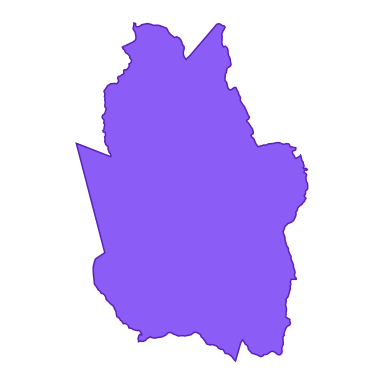 Gentio do Ouro, Bahia, Brazil (Natural Earth projection)
{"feature_id": "56859067B57973057094010", "entity_name": "Gentio do Ouro", "entity_type": "district", "adm_level": 2, "iso_a3": "BRA", "parent_name": "Brazil", "parent_adm1": "Bahia", "projection": "natural_earth1", "projection_center": [-42.563, -11.389], "detail": "fine", "context": "isolated", "style": "filled", "palette": "violet", "viewbox_px": 384, "rotation_deg": 0, "n_neighbors": 0, "source": "geoboundaries", "source_scale": "gbopen_adm2", "svg_char_len": 5965}
<svg xmlns="http://www.w3.org/2000/svg" viewBox="0 0 384 384"><path d="M216.6,24.4L213.1,28.6L190.1,55.5L185.9,59.4L184.2,56.9L183.3,54.1L183.3,52.2L184.2,48.3L184.1,46.7L183.0,45.3L182.0,43.3L181.7,41.8L181.0,40.7L180.6,39.6L179.5,38.3L177.9,37.3L176.7,36.8L175.6,37.2L174.4,37.4L171.0,34.8L169.9,33.7L168.6,32.3L167.9,30.7L166.8,28.5L165.7,27.7L164.2,27.4L162.8,26.7L161.3,26.3L160.1,25.7L158.5,25.3L155.3,25.2L153.7,25.4L150.8,24.3L147.9,23.6L146.6,23.7L141.8,24.7L139.0,26.6L137.5,26.9L136.3,26.6L135.6,25.4L135.6,23.5L133.9,23.0L133.8,25.2L133.5,26.7L133.0,28.8L135.2,32.4L135.6,34.1L136.0,37.4L135.9,38.9L134.9,40.6L133.0,42.0L131.8,42.6L127.1,44.8L125.3,45.8L123.8,46.3L122.3,47.2L123.2,49.0L124.2,49.6L124.9,51.1L125.9,52.9L127.4,53.7L128.7,54.9L129.7,56.1L129.7,57.7L131.5,60.3L131.1,62.3L130.0,63.4L128.9,64.0L129.4,65.8L128.3,67.8L127.2,69.1L126.4,70.0L125.1,69.6L123.8,70.2L123.7,72.0L123.9,73.3L123.1,74.4L121.6,74.8L120.8,75.8L119.8,76.3L118.3,76.4L117.7,78.0L118.1,79.6L118.8,81.0L116.7,83.9L114.7,83.4L113.6,83.4L112.1,83.8L110.5,83.7L109.5,84.7L108.4,85.1L107.2,86.1L106.6,87.4L105.0,89.7L104.1,90.7L104.1,92.0L104.8,93.1L104.8,94.8L104.4,96.8L105.1,98.1L104.7,99.8L105.1,101.6L105.2,103.6L104.7,105.7L105.1,107.1L106.0,108.1L106.2,109.4L105.6,110.8L105.2,112.3L104.4,114.1L103.1,114.7L102.2,116.2L102.2,117.7L103.0,118.8L103.9,119.8L104.2,121.5L103.6,123.0L104.8,124.3L104.1,127.7L103.9,129.6L102.9,130.6L103.4,132.1L105.2,132.2L105.5,135.8L104.6,136.8L105.0,139.0L104.7,141.4L105.8,144.6L106.8,145.7L108.1,146.4L108.0,148.9L108.7,150.8L109.2,152.6L110.3,153.6L110.9,155.0L110.7,156.7L76.3,143.3L104.8,252.7L98.6,256.8L95.3,259.2L94.3,262.2L94.0,263.8L93.4,265.8L93.2,267.8L93.2,270.4L93.5,275.7L94.0,278.9L94.4,284.1L96.7,287.2L98.2,289.8L99.4,290.7L100.4,291.8L101.0,293.1L102.0,293.5L103.4,293.9L104.3,294.7L105.1,295.9L105.8,297.5L106.1,299.4L108.9,302.0L110.2,303.5L111.5,304.6L112.7,305.4L113.6,306.6L114.6,309.0L115.7,310.8L116.2,312.7L116.4,314.6L116.9,316.7L118.0,317.3L119.6,318.6L120.5,320.3L121.7,321.2L123.4,323.8L125.1,323.5L126.7,324.2L127.7,324.9L128.4,326.1L128.9,327.9L131.6,328.5L133.2,329.5L136.8,330.5L138.0,330.5L139.7,330.6L140.6,332.5L142.0,334.7L140.9,334.9L139.6,334.5L138.8,335.8L138.0,338.8L138.5,340.3L138.5,341.7L140.1,341.0L141.7,341.4L143.6,341.3L145.5,340.4L146.5,339.0L148.9,337.6L150.2,336.5L151.3,337.5L152.4,337.9L153.6,337.7L154.9,338.2L157.2,337.5L159.0,337.4L162.0,336.9L165.5,335.3L168.2,332.7L170.1,332.5L172.0,333.0L173.5,334.1L177.0,335.3L178.1,336.0L182.8,335.6L184.5,336.0L188.0,335.4L191.1,334.7L192.9,333.2L195.0,332.1L196.8,332.5L198.9,333.6L200.1,334.3L200.7,335.4L201.3,337.0L202.3,337.6L204.9,340.9L205.9,342.7L207.0,344.1L208.4,344.5L209.9,344.9L211.1,344.7L212.7,344.7L215.8,345.6L216.9,346.2L217.8,347.3L218.8,348.4L220.5,349.2L221.9,349.3L223.4,349.9L225.2,353.4L227.6,353.7L229.5,354.6L231.8,356.6L232.7,357.8L234.4,360.0L235.5,361.0L240.1,345.0L240.6,343.0L242.5,339.9L243.7,341.3L244.6,342.5L245.2,344.1L246.5,344.8L247.6,346.0L248.0,347.3L248.4,349.3L249.5,350.4L250.5,351.7L251.4,352.5L252.2,353.5L253.6,353.6L256.1,354.6L257.2,354.8L259.8,356.3L261.0,356.6L263.0,355.8L263.9,354.6L265.3,354.6L266.9,354.3L271.1,351.5L272.4,351.3L273.7,351.6L275.5,352.6L276.6,353.8L277.8,354.5L279.4,354.9L280.5,354.5L281.9,352.7L282.1,351.0L281.8,349.0L281.9,347.5L283.2,344.2L283.3,342.6L283.1,341.3L282.9,337.7L283.3,336.5L284.4,335.1L283.7,334.0L285.1,330.3L285.8,328.5L286.6,327.1L287.9,325.9L289.5,325.2L290.4,323.5L289.8,321.2L289.8,319.4L288.1,318.5L287.1,317.8L286.0,317.4L285.8,315.9L286.0,314.7L286.0,312.9L286.3,311.6L286.5,308.8L285.5,304.2L286.1,302.2L286.3,300.7L285.9,299.3L288.0,296.8L289.4,292.1L289.6,290.5L290.3,289.4L290.4,288.1L290.2,286.5L290.8,284.3L290.4,281.8L291.1,279.4L292.8,279.3L296.2,279.3L296.1,278.0L294.6,276.6L294.6,274.3L295.1,272.3L294.7,270.7L294.2,269.1L293.5,267.4L293.5,265.8L293.2,264.2L292.5,262.3L291.6,260.6L291.0,258.4L291.1,256.3L290.2,254.9L288.9,252.0L288.4,250.5L288.4,248.3L286.7,245.8L285.7,241.9L285.1,240.3L284.9,238.2L284.9,236.8L283.3,233.2L283.2,232.0L283.7,230.1L284.4,228.5L284.7,227.2L285.5,225.8L286.9,224.7L287.8,223.6L290.6,222.5L292.1,221.7L293.1,221.0L294.0,219.8L295.6,216.4L296.1,214.0L295.7,212.2L296.6,211.4L297.4,209.7L297.7,208.0L299.1,206.3L302.0,204.3L303.0,202.7L304.5,201.2L305.1,199.5L306.0,198.2L304.8,196.9L304.2,195.4L305.2,194.6L305.6,193.1L305.5,190.9L307.5,189.2L307.7,187.6L307.7,185.4L307.5,183.3L306.6,182.0L306.1,180.6L306.0,176.7L306.7,174.8L305.7,173.3L304.1,172.8L304.2,171.3L305.2,170.0L306.7,170.4L307.4,169.4L306.3,168.6L305.2,168.2L303.9,168.7L303.1,167.8L304.0,166.5L303.9,165.1L303.4,163.8L303.0,161.8L301.9,160.7L301.1,156.7L300.5,155.2L299.6,156.4L297.3,157.6L295.9,158.6L295.0,158.0L294.6,156.5L293.8,155.2L292.7,153.6L292.1,152.0L292.9,150.9L294.1,150.6L295.7,149.9L295.9,147.8L290.3,146.7L289.7,145.3L288.8,143.9L286.4,143.6L284.3,144.2L283.0,144.2L281.4,143.6L279.6,142.7L278.1,142.6L276.5,142.7L273.0,143.5L268.5,143.9L266.1,145.1L263.7,145.0L262.2,145.6L260.9,145.8L259.5,146.3L258.2,146.7L256.3,144.4L255.4,142.6L253.8,138.7L251.7,136.9L251.0,135.1L251.9,134.5L253.3,133.4L253.2,131.7L252.7,129.8L251.9,128.2L248.2,122.6L247.1,122.1L246.7,120.4L248.7,118.9L249.5,117.1L248.4,115.6L247.6,113.9L246.1,110.1L245.2,108.5L244.4,106.5L242.7,104.5L241.6,102.7L240.5,101.1L240.3,99.5L240.5,97.7L239.5,95.6L238.8,94.6L238.5,93.1L238.0,91.7L237.1,90.4L236.1,87.7L234.6,87.4L233.0,88.3L231.6,89.5L230.0,89.9L228.4,88.7L227.6,86.9L227.2,84.7L226.7,82.6L225.1,80.4L224.9,78.9L225.2,77.3L225.2,75.8L225.4,74.0L226.4,72.4L226.8,69.5L227.1,68.2L228.4,67.3L230.0,66.5L231.1,64.6L230.8,63.1L230.4,61.4L230.2,59.2L229.6,57.4L228.7,55.8L228.2,53.7L228.0,50.2L227.4,48.5L226.7,47.3L225.2,46.2L223.6,46.8L222.5,45.5L221.8,42.9L222.2,37.4L222.1,35.7L221.7,34.3L223.0,31.0L224.3,28.9L225.1,27.2L224.4,26.1L221.9,25.3L220.4,24.3L219.2,23.7L217.9,23.9L216.6,24.4Z" fill="#8b5cf6" stroke="#5b21b6" stroke-width="1.5"/></svg>